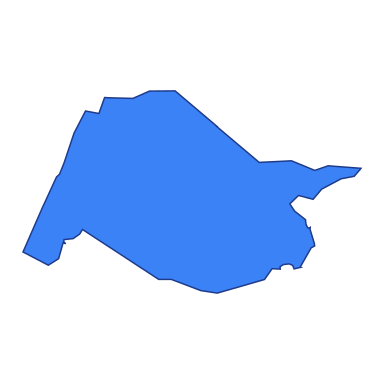 outline of Agia Marina Chrysochous, Paphos, Cyprus
{"feature_id": "46923920B44932940301166", "entity_name": "Agia Marina Chrysochous", "entity_type": "district", "adm_level": 2, "iso_a3": "CYP", "parent_name": "Cyprus", "parent_adm1": "Paphos", "projection": "mercator", "projection_center": [32.543, 35.118], "detail": "fine", "context": "isolated", "style": "filled", "palette": "blue", "viewbox_px": 384, "rotation_deg": 0, "n_neighbors": 0, "source": "geoboundaries", "source_scale": "gbopen_adm2", "svg_char_len": 865}
<svg xmlns="http://www.w3.org/2000/svg" viewBox="0 0 384 384"><path d="M361.0,168.3L328.1,165.8L314.8,170.4L291.5,160.8L259.2,162.4L216.8,126.6L217.1,126.5L175.1,90.9L149.4,91.1L132.9,98.4L108.8,97.8L104.8,97.5L104.5,97.8L98.9,113.5L85.5,111.0L74.1,133.0L64.1,162.8L59.5,174.3L56.5,177.0L42.0,208.5L23.0,252.0L48.3,265.2L58.6,258.7L63.1,242.9L65.7,243.7L63.7,241.7L64.0,239.6L73.2,238.6L79.7,234.0L82.5,229.5L158.7,279.4L171.3,279.4L200.8,290.6L217.3,293.1L264.5,279.5L272.1,268.7L280.3,269.1L280.0,266.7L283.6,264.5L289.2,263.9L292.6,265.3L294.1,268.9L300.7,267.3L300.2,267.1L311.2,247.8L314.7,245.9L314.3,243.3L310.1,229.5L310.2,227.4L309.2,228.1L307.6,227.7L306.0,224.2L305.5,219.7L294.7,211.2L289.8,203.9L298.5,195.5L313.1,199.3L321.7,189.1L341.1,178.8L354.2,176.3L360.5,169.0L360.9,168.5L361.0,168.3Z" fill="#3b82f6" stroke="#1e3a8a" stroke-width="1.5"/></svg>